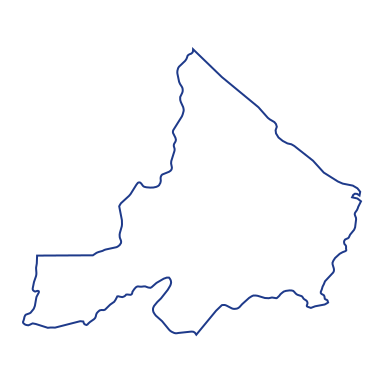 outline of Grand Bassa, rotated 180°
{"feature_id": "LBR-785", "entity_name": "Grand Bassa", "entity_type": "County", "adm_level": 1, "iso_a3": "LBR", "parent_name": "Liberia", "parent_adm1": "", "projection": "albers", "projection_center": [-9.727, 6.117], "detail": "fine", "context": "isolated", "style": "outline", "palette": "blue", "viewbox_px": 384, "rotation_deg": 180, "n_neighbors": 0, "source": "natural_earth", "source_scale": "10m", "svg_char_len": 4438}
<svg xmlns="http://www.w3.org/2000/svg" viewBox="0 0 384 384"><g transform="rotate(180 192 192)"><path d="M190.9,334.7L162.1,306.9L125.6,276.8L116.2,266.2L114.2,264.6L109.6,261.9L108.0,259.9L107.2,257.2L108.4,253.8L108.0,250.6L105.5,246.5L101.3,243.1L96.6,240.6L92.6,239.7L89.8,238.1L71.0,223.3L60.2,211.4L46.1,202.5L41.3,200.4L31.2,198.4L26.6,195.7L23.8,192.2L24.5,188.5L26.9,190.1L29.0,190.3L30.7,189.2L31.9,186.7L26.6,185.5L23.0,182.7L23.2,182.3L25.8,177.1L26.2,175.8L27.0,174.0L28.9,171.3L29.3,169.9L29.0,168.7L28.0,166.1L27.9,164.6L28.9,156.7L29.4,155.4L29.9,154.2L33.9,149.3L35.2,146.5L36.1,145.7L37.6,145.1L39.0,144.4L39.9,142.8L39.9,141.2L39.5,139.9L38.6,139.0L38.0,138.0L37.9,136.9L38.0,135.7L37.8,134.6L37.8,133.5L38.8,132.8L41.4,131.8L44.3,130.2L48.9,126.0L50.6,123.4L51.5,121.2L51.4,119.6L50.2,115.6L50.0,114.1L50.2,112.7L50.8,111.5L59.0,102.7L60.2,99.7L61.4,97.4L62.2,94.6L63.2,92.2L63.2,91.0L62.5,90.1L60.2,88.8L59.6,87.7L59.2,85.2L58.3,84.5L57.3,84.2L56.5,83.5L55.9,81.5L57.1,80.7L59.3,79.5L68.9,77.7L73.1,76.1L76.0,77.1L77.0,77.6L77.2,78.1L77.1,78.8L76.8,79.6L76.5,80.6L76.6,81.7L77.1,82.8L77.9,83.6L79.8,84.8L80.5,85.4L80.9,86.1L81.3,86.7L81.8,87.4L82.5,87.9L86.5,89.2L87.5,89.8L88.3,90.5L89.9,92.3L90.8,93.1L92.3,93.5L94.4,93.6L98.2,93.1L100.3,92.4L102.5,90.7L103.7,89.6L104.7,88.2L106.9,86.1L107.7,85.8L112.0,86.5L115.3,85.8L119.1,86.0L126.4,88.2L128.5,88.5L130.6,88.5L132.4,87.7L134.9,86.1L141.9,79.8L144.4,77.0L145.7,76.0L147.1,75.4L149.4,75.1L150.8,75.2L152.1,75.6L157.3,78.3L158.2,78.7L159.2,79.0L160.2,79.0L161.2,79.0L162.2,78.8L167.9,73.3L187.7,49.3L189.0,51.2L189.8,51.8L190.9,52.3L192.8,52.4L205.9,51.0L206.9,50.8L208.1,50.7L209.7,51.0L212.3,52.2L213.8,53.2L215.0,54.4L221.9,62.8L228.2,68.4L229.4,70.0L230.5,71.8L230.9,73.2L231.0,74.2L231.0,75.2L230.8,76.1L230.4,77.1L229.9,78.1L226.7,82.0L223.0,85.6L216.3,94.1L213.8,98.3L213.4,99.3L213.1,100.4L212.9,101.5L213.0,102.4L213.2,103.4L213.6,104.4L214.2,105.4L215.0,106.4L217.2,106.4L220.3,105.3L227.5,101.1L232.4,96.8L233.6,96.2L235.8,96.5L238.8,97.6L240.2,97.6L242.5,97.3L243.6,97.3L246.1,97.6L247.4,97.2L248.3,96.5L249.8,94.8L251.5,92.3L251.8,90.9L252.3,89.8L253.3,89.2L255.0,89.3L256.4,89.5L257.8,89.4L258.9,88.2L260.2,87.4L261.7,86.9L264.1,87.3L265.5,87.7L266.7,87.6L268.4,84.3L269.8,82.2L273.8,79.4L278.9,74.4L280.2,73.9L282.5,74.0L284.4,73.6L286.2,72.0L287.3,70.7L287.9,69.1L288.2,67.6L288.8,66.1L290.0,64.8L294.0,62.0L295.7,60.5L296.5,59.5L297.6,59.0L299.5,59.8L300.3,61.1L300.7,62.5L303.8,62.8L328.9,56.4L333.2,56.5L336.2,56.2L348.2,60.0L351.3,60.6L352.8,60.0L353.4,59.6L355.7,58.7L357.6,59.0L358.8,59.4L360.4,60.6L360.9,61.3L361.0,62.0L360.3,63.9L359.7,66.1L359.7,66.6L359.5,67.1L358.9,68.5L358.5,69.0L358.0,69.4L354.4,70.7L353.7,71.1L353.3,71.4L350.4,75.0L350.0,75.8L349.1,78.2L347.8,85.7L347.5,87.1L345.2,91.5L345.1,92.1L345.2,92.7L345.5,92.9L346.0,93.1L346.5,93.1L347.1,93.0L348.6,92.5L349.1,92.5L349.9,92.9L350.9,93.7L351.3,94.7L351.3,95.6L350.0,102.0L348.0,107.8L347.7,109.3L347.6,111.0L347.9,115.3L347.9,116.4L347.2,120.5L346.9,128.4L291.1,128.7L287.4,131.2L285.4,132.0L281.5,133.1L279.5,134.1L278.2,134.5L267.6,136.8L266.5,137.3L265.5,138.0L264.2,139.1L263.6,140.1L263.0,141.0L262.9,141.9L262.9,142.8L263.2,143.8L263.9,145.6L264.2,146.5L264.3,147.4L264.4,149.3L264.1,151.1L262.2,157.8L262.0,159.8L262.1,163.8L264.8,177.7L264.2,178.9L263.1,180.7L254.9,188.2L253.4,190.0L247.6,199.3L246.1,201.2L245.0,201.6L244.0,201.5L243.1,200.8L242.4,200.0L241.1,198.2L240.3,197.5L239.3,197.1L237.5,196.7L233.7,196.4L230.6,196.5L227.8,197.1L226.2,197.8L224.9,198.8L224.3,200.0L223.7,201.0L223.4,202.2L223.2,203.2L223.4,205.5L223.3,206.9L222.6,208.6L221.7,209.5L215.0,212.2L213.4,213.3L212.5,214.5L212.2,215.5L212.1,216.6L212.5,218.5L212.7,219.5L212.9,220.4L212.8,222.1L212.7,223.0L209.5,233.2L209.4,234.2L209.4,235.2L210.2,237.9L210.2,239.0L209.9,240.1L208.5,242.5L208.2,243.5L208.1,244.4L208.6,246.3L211.0,251.1L211.1,252.0L211.0,253.0L210.7,253.9L202.1,267.6L201.3,269.6L200.4,272.9L200.3,273.9L200.4,274.9L200.8,276.8L203.1,281.8L203.7,283.7L203.8,284.6L203.8,286.3L203.8,287.0L203.5,287.6L201.9,290.9L201.5,292.0L201.3,293.0L201.3,294.1L201.4,295.2L201.7,296.3L202.2,297.3L204.0,300.1L204.9,302.2L206.6,310.4L206.7,311.6L206.6,313.2L205.9,315.8L205.0,317.3L198.9,323.1L197.7,324.8L197.0,326.4L196.5,328.1L195.6,329.1L194.3,329.8L192.7,330.4L191.6,331.4L191.1,332.3L191.0,333.3L190.9,334.6L190.9,334.7Z" fill="none" stroke="#1e3a8a" stroke-width="2"/></g></svg>